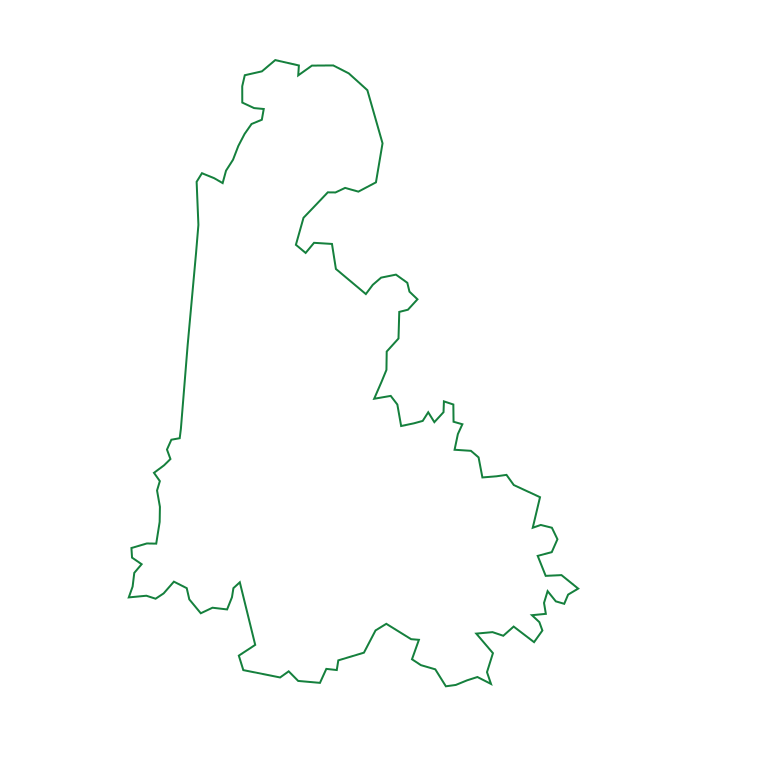 the district of Vila Maria, Rio Grande do Sul, Brazil, rotated 189°
{"feature_id": "56859067B98350178986845", "entity_name": "Vila Maria", "entity_type": "district", "adm_level": 2, "iso_a3": "BRA", "parent_name": "Brazil", "parent_adm1": "Rio Grande do Sul", "projection": "robinson", "projection_center": [-52.161, -28.575], "detail": "fine", "context": "isolated", "style": "outline", "palette": "green", "viewbox_px": 768, "rotation_deg": 189, "n_neighbors": 0, "source": "geoboundaries", "source_scale": "gbopen_adm2", "svg_char_len": 2004}
<svg xmlns="http://www.w3.org/2000/svg" viewBox="0 0 768 768"><g transform="rotate(189 384 384)"><path d="M423.1,621.5L446.4,671.6L467.4,685.3L484.0,690.7L505.0,687.2L517.0,675.4L517.9,685.3L542.1,686.9L553.5,673.7L569.8,667.2L570.6,655.9L568.0,639.8L555.5,636.2L545.8,636.8L546.0,625.9L555.5,620.1L560.8,609.2L565.1,596.4L568.2,581.9L573.4,570.0L574.8,557.2L583.9,560.7L596.8,563.7L600.7,554.4L592.2,512.1L590.1,483.6L584.0,391.5L577.6,307.9L577.3,298.5L585.3,295.7L588.1,285.3L583.2,276.5L588.5,269.3L597.3,260.3L590.2,253.0L591.5,243.3L586.1,227.6L584.0,212.7L584.0,190.7L593.3,189.4L607.8,182.5L605.7,173.1L595.2,168.1L601.1,158.4L600.6,144.6L602.7,133.3L585.6,137.7L576.0,136.2L568.9,142.7L560.6,155.9L546.9,151.5L542.6,140.8L529.1,128.9L518.4,136.2L503.7,136.8L500.8,149.6L500.8,158.8L495.4,165.6L470.4,106.2L484.9,93.0L478.2,79.4L440.7,77.9L433.2,85.3L422.3,77.3L400.5,78.8L396.4,93.6L385.9,94.1L385.9,103.9L361.8,115.5L353.8,139.3L344.2,147.5L317.3,136.2L309.5,136.8L313.3,116.5L303.6,112.1L288.7,110.2L275.6,95.1L266.0,98.0L255.6,104.3L245.9,109.2L231.4,104.5L237.2,115.5L234.3,135.2L253.8,151.9L238.0,155.9L226.8,154.0L218.0,164.7L195.4,152.5L189.0,165.3L193.3,173.1L201.7,178.8L188.2,182.3L191.7,192.8L190.0,205.0L180.3,196.2L171.6,195.1L169.2,204.8L160.2,212.3L178.8,223.0L194.3,219.8L205.3,238.3L192.0,244.2L188.4,257.8L195.7,268.3L207.1,269.3L214.6,265.3L212.2,296.6L240.0,304.5L248.8,313.4L258.6,310.4L272.2,307.1L279.1,326.3L287.7,331.6L304.0,330.1L303.2,346.1L300.3,356.5L309.4,357.6L312.3,374.6L322.1,376.2L320.8,365.5L328.3,354.2L335.9,363.0L340.0,353.6L348.4,349.8L360.5,345.2L367.6,365.8L375.5,373.3L391.4,367.9L386.7,386.1L383.8,398.3L386.4,416.5L376.8,431.2L380.2,457.6L372.0,461.1L364.2,472.9L373.3,479.2L376.8,487.6L389.3,493.9L403.5,488.6L410.6,480.2L416.0,470.0L449.5,490.1L457.3,514.2L475.2,512.5L481.9,501.2L492.8,507.7L489.5,535.6L479.9,549.4L469.5,564.5L461.9,565.6L453.1,571.6L439.4,570.0L423.5,581.9L423.1,621.5Z" fill="none" stroke="#15803d" stroke-width="2"/></g></svg>